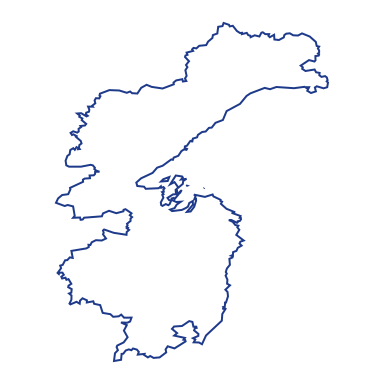 an SVG outline of Khabarovsk
{"feature_id": "RUS-2614", "entity_name": "Khabarovsk", "entity_type": "Territory", "adm_level": 1, "iso_a3": "RUS", "parent_name": "Russia", "parent_adm1": "", "projection": "robinson", "projection_center": [136.924, 54.6], "detail": "fine", "context": "isolated", "style": "outline", "palette": "blue", "viewbox_px": 384, "rotation_deg": 0, "n_neighbors": 0, "source": "natural_earth", "source_scale": "10m", "svg_char_len": 5893}
<svg xmlns="http://www.w3.org/2000/svg" viewBox="0 0 384 384"><path d="M126.8,325.1L121.0,322.5L127.4,322.7L130.1,321.5L131.5,317.6L124.1,317.7L121.2,314.6L118.8,316.3L113.2,316.8L110.4,314.2L102.7,312.9L100.2,305.1L94.1,303.8L93.3,301.3L86.8,302.5L86.9,300.3L82.5,298.3L80.0,300.7L79.7,303.7L76.5,301.8L70.4,304.4L69.5,303.6L71.4,299.7L71.5,295.5L69.1,293.5L71.3,292.7L71.7,289.1L68.2,287.2L68.5,285.7L71.3,283.8L68.5,279.1L66.4,279.8L65.5,277.7L62.1,278.5L61.3,276.8L63.8,274.8L62.5,272.7L59.5,272.7L58.9,274.1L57.6,272.9L61.1,268.2L60.2,265.6L62.7,264.9L65.1,260.3L67.3,260.1L69.8,257.4L72.7,257.9L71.4,250.9L86.4,248.4L88.8,247.0L88.5,244.8L90.4,245.0L91.7,242.3L95.9,240.2L101.8,240.5L106.0,238.5L103.0,234.3L103.7,232.8L103.0,230.5L104.1,229.5L113.7,232.8L126.5,234.8L126.7,232.0L129.1,229.9L127.0,228.4L127.9,227.7L126.5,226.8L127.6,225.3L127.0,223.8L130.6,220.9L130.5,218.6L132.1,217.1L129.8,215.2L131.5,213.3L125.5,209.2L123.6,209.8L123.4,211.3L116.3,213.2L109.0,210.8L103.0,213.4L101.9,216.3L84.1,217.7L82.7,219.5L80.6,219.8L80.0,217.5L73.1,217.8L74.7,215.8L73.1,206.4L67.7,205.0L64.7,206.0L56.0,202.8L58.1,198.4L62.2,195.0L68.2,194.2L70.4,189.4L70.0,187.9L83.1,181.8L82.9,179.7L84.6,178.6L90.0,178.2L89.6,175.5L93.8,175.3L95.1,173.9L95.1,171.8L99.5,171.7L96.4,170.7L94.3,169.0L94.9,167.8L92.9,165.4L90.7,164.8L80.8,166.7L69.1,166.7L66.3,165.3L65.6,160.7L67.4,155.9L69.6,154.3L70.3,150.0L73.3,148.2L74.8,149.8L76.5,147.1L78.4,148.2L78.1,149.2L79.7,149.0L78.9,147.9L79.4,145.0L81.5,143.5L80.8,141.0L75.9,136.8L76.6,136.1L73.3,134.3L72.0,135.0L70.6,132.9L73.2,131.3L77.2,132.6L78.7,131.5L78.6,128.8L81.1,127.1L80.4,126.0L84.9,125.5L86.2,123.9L81.7,120.1L82.4,118.5L79.3,116.8L79.8,115.6L77.2,113.5L81.2,113.2L86.5,116.4L87.7,115.8L85.9,114.4L86.2,112.7L89.0,111.7L89.3,109.6L88.1,106.6L92.8,106.7L92.1,105.8L95.3,103.3L94.6,100.4L95.9,98.2L99.3,98.4L100.4,96.2L99.5,95.6L99.9,93.7L109.4,90.1L119.3,90.5L126.8,92.8L130.1,91.5L132.1,93.2L137.4,93.5L141.2,87.8L146.6,84.8L151.7,86.9L162.6,88.5L173.8,84.3L173.5,82.6L176.2,80.4L182.3,79.2L182.9,81.5L186.3,81.0L185.0,78.5L186.6,75.9L185.4,70.2L187.4,67.1L186.0,65.0L189.0,61.2L185.0,57.0L185.5,55.5L187.5,54.8L186.6,52.6L193.1,50.9L192.1,49.4L193.5,47.9L196.4,48.4L199.2,45.8L206.2,45.1L208.1,41.6L212.4,38.0L212.9,35.1L217.3,33.5L218.2,26.8L222.5,26.1L223.6,23.0L229.0,24.8L229.7,26.4L232.8,25.8L236.9,31.0L240.0,33.0L242.0,32.8L241.9,34.1L246.8,32.9L248.2,35.1L250.3,35.7L250.6,37.2L254.7,35.3L259.4,36.5L261.4,32.7L262.8,32.3L265.2,34.1L269.1,34.1L268.4,35.8L269.8,37.2L274.1,34.8L274.4,39.5L278.9,40.0L283.8,37.4L284.3,35.1L286.2,33.7L289.8,33.3L293.2,35.3L298.1,35.5L302.0,33.4L309.7,36.5L315.8,41.9L316.7,46.0L319.1,46.6L317.9,48.5L319.1,50.4L319.1,52.8L318.0,53.5L319.1,54.6L318.7,55.6L315.4,56.1L315.5,60.3L314.5,61.5L309.0,60.1L300.7,65.6L302.8,67.3L302.2,68.8L305.5,71.0L314.6,69.5L316.1,72.3L319.6,72.9L319.3,75.2L321.5,76.9L325.0,76.1L326.8,77.4L327.6,80.2L326.7,81.4L328.0,82.5L327.2,87.2L323.6,88.3L316.8,86.3L314.9,87.5L315.9,91.4L311.0,93.0L307.3,90.8L309.1,87.2L306.9,87.2L306.8,88.2L304.6,86.8L294.0,88.2L276.4,87.0L270.0,89.2L264.7,87.9L250.5,93.3L246.6,95.9L240.0,103.9L226.6,111.1L222.9,120.0L215.5,122.8L211.7,127.6L208.9,127.9L205.7,131.5L202.1,132.0L197.9,134.9L197.1,137.3L192.9,138.6L192.2,142.2L191.7,140.6L190.2,141.1L187.0,145.7L184.9,146.4L184.8,148.0L187.0,148.9L186.5,149.8L183.9,149.5L181.4,151.1L178.3,155.8L173.7,157.6L172.9,159.8L171.3,159.4L162.7,165.7L157.1,167.7L152.6,172.9L141.1,178.3L136.3,182.6L137.3,186.0L144.1,186.7L145.7,188.8L158.7,188.2L160.9,186.3L161.2,187.8L163.5,187.1L164.5,188.3L163.3,189.9L163.8,191.7L162.1,192.1L163.5,194.2L162.3,194.9L163.4,197.6L160.8,202.4L161.2,205.1L162.5,205.9L165.8,204.1L168.3,205.2L169.6,204.2L171.3,200.3L169.1,200.1L167.5,197.9L173.0,194.4L178.7,194.1L174.5,199.2L173.8,197.9L171.6,198.5L171.8,200.0L176.3,202.0L180.9,201.7L176.7,204.6L174.6,208.1L170.1,209.6L172.1,211.1L181.9,209.9L185.7,208.1L188.0,206.6L189.3,203.0L192.8,201.0L192.9,204.7L186.9,211.9L190.6,211.5L194.2,206.8L196.1,200.7L196.0,198.8L194.3,199.4L195.6,195.8L193.9,194.6L204.9,196.9L212.6,194.5L213.4,196.4L220.6,199.8L220.5,201.0L222.1,201.7L220.9,203.8L226.5,208.8L235.2,212.3L232.7,212.0L232.4,213.1L240.5,216.0L239.7,217.8L240.8,217.8L241.0,219.3L239.9,220.9L236.9,221.4L238.2,221.7L237.0,222.8L231.4,220.0L228.8,220.1L232.7,221.8L235.3,225.0L238.3,225.7L237.3,227.3L239.3,229.8L236.3,234.9L243.7,240.5L240.3,241.7L239.5,243.5L241.6,245.6L237.8,247.8L236.4,250.9L233.1,252.1L232.9,254.9L231.2,255.7L232.9,256.3L232.5,257.5L229.4,258.8L229.9,264.8L226.9,268.5L225.8,272.0L226.8,273.7L225.6,275.6L227.4,279.6L227.1,283.7L230.0,285.3L225.4,289.7L227.5,291.9L228.0,296.3L226.0,302.5L224.2,302.6L225.2,302.9L224.7,306.8L223.6,307.0L224.5,307.9L222.3,308.6L225.4,309.1L222.3,314.0L221.8,320.7L206.0,335.5L202.0,344.2L199.0,342.5L193.7,342.3L195.3,339.5L193.0,338.2L198.3,335.9L198.4,333.9L194.1,330.4L194.9,328.2L196.6,327.9L196.3,326.7L193.4,326.7L192.4,321.9L189.2,321.1L182.0,326.0L174.1,326.5L172.0,328.9L177.1,333.1L174.2,335.6L184.9,337.9L183.5,339.7L185.2,340.0L185.6,341.4L174.5,348.4L167.7,346.3L165.6,349.4L166.2,352.4L159.6,357.4L153.6,357.9L150.2,356.0L147.9,357.4L144.0,354.9L144.5,353.9L137.8,354.6L138.8,351.9L136.9,349.6L133.0,348.5L131.4,350.2L128.8,349.4L125.7,350.5L123.3,353.7L121.6,353.9L121.1,359.8L114.0,361.0L115.0,353.2L117.9,350.2L116.6,347.1L117.2,345.6L123.7,342.4L127.6,337.2L123.9,330.6L126.8,325.1ZM181.1,179.5L186.5,178.8L183.2,181.0L182.8,183.9L178.4,187.6L174.5,182.1L170.2,184.3L175.8,175.5L182.2,176.5L182.8,177.5L181.1,179.5ZM169.3,177.0L167.7,181.0L161.0,181.5L163.3,179.2L169.3,177.0ZM178.4,193.1L181.7,190.1L180.1,192.8L178.4,193.1ZM176.8,188.8L177.1,192.4L175.9,192.5L175.6,189.9L176.8,188.8ZM186.3,186.0L186.8,185.6L187.1,185.7L186.3,186.0ZM203.8,188.5L204.1,188.1L204.3,187.8L203.8,188.5Z" fill="none" stroke="#1e3a8a" stroke-width="2"/></svg>